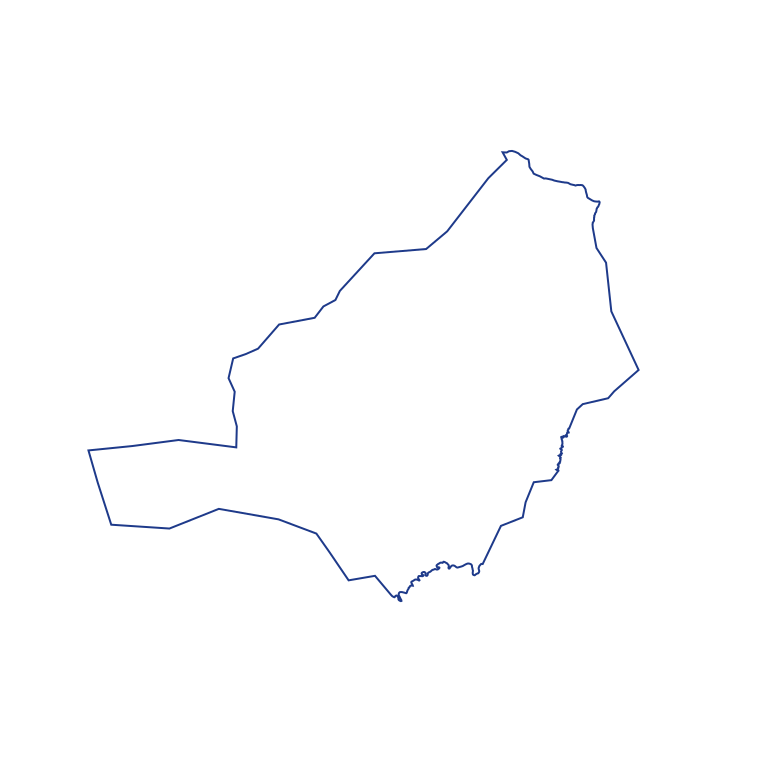 Baruunbu'ren, Selenge, Mongolia (Robinson projection), rotated 38°
{"feature_id": "93677404B37316028953404", "entity_name": "Baruunbu'ren", "entity_type": "district", "adm_level": 2, "iso_a3": "MNG", "parent_name": "Mongolia", "parent_adm1": "Selenge", "projection": "robinson", "projection_center": [105.041, 49.277], "detail": "fine", "context": "isolated", "style": "outline", "palette": "blue", "viewbox_px": 768, "rotation_deg": 38, "n_neighbors": 0, "source": "geoboundaries", "source_scale": "gbopen_adm2", "svg_char_len": 5973}
<svg xmlns="http://www.w3.org/2000/svg" viewBox="0 0 768 768"><g transform="rotate(38 384 384)"><path d="M441.0,107.7L439.9,108.9L437.9,110.2L436.9,110.7L435.0,111.2L430.0,111.8L429.2,111.6L428.5,111.1L427.7,110.3L426.6,109.5L425.2,108.5L424.0,107.5L423.1,106.6L421.5,105.9L419.8,105.4L418.7,105.2L418.0,105.2L416.6,106.0L415.2,107.2L414.7,107.5L414.4,107.7L413.4,108.7L413.1,109.2L412.6,109.8L411.7,110.0L410.3,110.7L407.9,111.8L405.8,112.1L405.2,112.2L404.5,112.6L403.9,112.9L402.3,114.0L401.3,114.5L400.2,115.2L398.2,116.2L396.0,117.4L392.8,118.9L390.8,119.5L384.9,122.4L383.6,123.6L378.8,124.4L375.5,125.4L372.4,126.1L370.3,125.0L367.2,124.2L364.9,123.3L362.8,121.0L359.9,118.3L359.2,118.2L356.7,119.1L352.9,119.4L350.8,119.7L347.8,119.5L344.4,120.3L341.4,121.5L339.2,123.6L338.2,126.0L334.8,128.4L342.8,131.8L339.5,157.6L339.8,224.8L334.1,251.7L296.0,286.9L291.9,337.8L294.0,347.7L288.5,360.2L288.6,374.5L264.7,401.7L263.0,433.7L256.6,445.6L249.4,456.7L257.9,475.1L271.1,482.0L281.5,498.5L294.1,508.0L306.6,524.9L256.6,554.6L223.8,587.9L192.0,618.3L219.2,638.0L255.7,662.8L303.9,630.0L330.7,584.1L384.2,555.6L422.8,543.5L444.3,550.0L477.0,560.5L495.0,540.7L519.1,545.8L520.9,546.1L522.1,546.0L523.1,545.8L523.6,545.5L523.6,545.0L523.5,544.0L523.7,543.5L524.2,542.9L525.4,543.0L526.3,543.3L527.1,543.8L527.5,544.3L528.1,544.9L528.8,545.1L529.6,545.1L531.0,544.7L531.3,544.2L530.8,543.7L528.9,542.9L527.0,541.9L526.0,541.5L525.2,540.9L524.6,539.8L524.5,539.1L524.6,538.4L525.2,537.7L526.3,536.9L528.7,535.8L529.9,535.4L530.3,535.2L530.4,534.9L530.4,534.4L529.6,532.3L529.4,531.0L529.4,530.1L529.3,529.8L529.0,529.6L528.9,529.3L529.0,528.8L529.2,528.4L529.0,527.4L529.0,526.9L529.2,526.4L529.8,525.9L530.6,525.4L530.9,525.2L530.5,524.9L528.2,523.9L527.6,523.5L527.4,523.0L527.5,522.5L527.9,521.8L528.9,519.0L529.5,518.4L530.1,518.0L531.0,517.6L532.6,517.3L532.8,517.1L532.8,516.8L532.4,516.6L530.8,516.2L530.1,515.6L529.8,515.0L529.6,514.3L529.7,513.9L531.5,512.5L532.4,512.0L532.8,511.6L533.0,511.0L532.8,510.6L532.5,510.5L531.5,510.6L531.0,510.6L530.5,510.3L530.2,510.0L530.1,509.6L530.2,509.0L530.5,508.4L531.0,507.7L531.6,507.3L532.2,507.2L533.0,507.3L533.5,507.8L533.9,508.7L534.3,509.1L534.6,509.2L535.0,509.2L535.5,509.0L535.9,508.7L536.0,508.1L535.9,507.4L535.2,506.6L535.1,506.3L535.1,505.6L535.3,504.8L535.8,504.0L536.2,502.8L536.5,501.0L536.8,500.4L537.3,499.9L538.0,498.5L538.5,498.2L539.7,497.8L540.5,497.1L540.7,496.4L541.0,495.3L540.8,494.7L540.7,494.6L540.4,494.6L539.9,494.7L539.3,495.4L539.0,495.6L538.5,495.6L538.2,495.5L537.8,495.2L537.2,494.7L537.1,494.3L537.3,493.3L537.6,492.1L538.0,491.5L538.3,490.4L538.6,489.9L539.1,489.5L540.2,488.9L540.3,488.8L540.3,487.9L540.3,487.5L540.6,487.3L540.9,487.1L541.5,486.9L542.5,486.8L543.9,486.5L544.3,486.5L544.8,486.7L545.8,486.8L546.6,487.0L547.4,487.9L547.7,488.7L548.0,489.2L548.3,489.4L548.6,489.5L548.9,489.4L549.2,489.1L549.1,486.2L549.3,485.4L549.7,484.8L550.6,484.1L551.7,483.8L553.8,483.8L554.6,483.6L555.1,483.2L556.2,481.7L557.1,480.5L558.1,479.0L558.8,477.2L559.6,475.4L560.3,474.2L561.0,473.5L562.1,472.9L563.4,472.5L564.3,472.6L565.0,472.9L565.9,473.9L567.3,474.9L568.0,475.6L569.0,476.3L569.5,477.1L570.2,478.3L571.3,479.3L572.0,479.4L572.6,479.2L573.2,478.9L573.4,478.3L573.5,477.5L573.9,476.6L574.3,475.7L574.8,475.1L574.7,473.8L574.5,473.2L573.8,472.4L572.8,471.7L572.1,471.1L571.8,470.6L571.4,469.3L571.2,468.8L571.2,468.1L571.3,466.6L571.4,465.9L571.9,465.5L572.6,465.1L563.5,423.8L575.4,403.6L568.4,390.0L562.5,369.2L575.1,356.7L574.8,345.5L574.9,345.0L574.8,344.8L574.5,344.6L574.3,344.6L574.0,344.7L573.0,345.4L572.6,345.4L573.0,344.6L573.2,344.3L573.3,343.7L573.2,343.4L573.2,343.1L573.0,342.9L572.6,342.7L572.5,342.3L572.7,341.8L572.7,341.7L571.7,340.8L571.6,340.7L571.4,340.8L571.2,340.9L570.7,340.8L570.6,340.7L570.6,340.4L571.0,339.9L570.5,339.4L570.5,339.2L571.1,338.6L571.2,338.4L570.6,337.9L570.8,337.6L570.8,337.1L570.5,336.9L570.3,336.6L570.3,336.0L570.2,335.9L569.8,335.3L569.6,334.8L569.4,334.6L568.9,334.5L568.6,334.3L568.7,333.3L568.6,333.2L568.4,333.1L568.1,333.0L567.4,333.1L566.7,332.8L566.2,332.9L565.8,332.9L565.9,332.6L566.3,332.1L566.3,331.9L566.3,331.7L566.4,331.4L567.1,331.2L567.3,330.9L567.3,330.5L567.2,330.3L567.0,330.1L566.3,329.9L566.6,329.3L566.7,329.1L565.6,328.7L565.2,328.4L565.1,328.2L564.9,327.6L564.9,326.9L564.8,326.6L564.5,326.4L564.2,326.4L563.3,326.5L562.8,326.5L562.7,326.4L562.8,326.2L563.3,325.6L563.4,325.4L563.3,325.2L563.0,324.7L562.9,324.5L563.0,324.2L563.6,323.5L563.6,323.3L563.5,323.1L563.3,323.0L563.0,323.1L562.5,323.4L562.3,323.4L562.1,323.3L562.0,323.2L561.9,322.3L561.6,321.9L561.5,321.3L560.9,320.7L560.7,320.4L560.5,320.2L560.1,319.6L559.5,319.3L559.3,318.9L558.7,318.5L558.3,318.4L557.9,318.0L557.7,317.7L556.7,317.1L556.5,316.9L556.3,316.7L556.4,316.4L556.5,316.3L557.0,316.6L557.5,316.6L557.8,316.5L558.0,316.2L558.2,315.6L558.3,315.4L558.3,315.2L558.1,315.1L557.6,314.9L557.5,314.6L558.2,314.4L558.4,314.2L558.5,313.9L558.6,313.6L559.6,313.5L560.0,313.4L560.3,313.1L560.4,312.9L560.5,312.7L560.4,312.4L560.0,312.4L559.8,312.4L559.4,312.8L559.2,312.9L559.1,313.0L558.9,312.9L558.7,312.8L558.7,312.5L558.9,312.2L559.5,311.7L559.0,311.1L558.7,310.3L558.4,309.9L558.4,309.6L558.6,309.4L559.3,308.8L559.5,308.6L559.4,308.4L558.9,308.2L557.9,308.2L557.6,307.9L557.3,307.3L557.4,306.8L557.3,306.5L557.0,306.1L556.9,305.9L556.9,305.6L556.9,305.4L557.3,305.0L551.7,285.3L553.0,277.5L569.4,257.2L569.9,248.0L576.0,216.2L518.4,186.8L484.3,151.7L467.7,146.0L452.6,132.6L450.1,129.9L449.5,128.7L449.3,128.6L449.2,128.2L449.0,126.3L448.9,125.9L448.6,125.5L448.4,125.4L448.0,124.7L447.3,123.9L447.1,123.6L446.9,123.1L446.9,122.8L446.2,122.2L446.0,121.8L445.9,121.3L445.9,120.6L445.5,120.0L445.3,119.6L445.2,117.8L444.7,116.8L444.4,116.2L444.1,115.7L443.7,115.0L443.7,114.4L443.5,114.0L443.4,113.3L443.6,112.8L443.5,112.0L443.0,110.4L442.9,109.7L442.1,108.1L441.5,107.7L441.0,107.7Z" fill="none" stroke="#1e3a8a" stroke-width="2"/></g></svg>